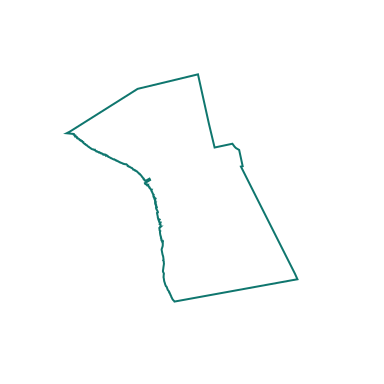 the district of Ensenada, Buenos Aires, Argentina, rotated 215°
{"feature_id": "61730980B68751377972541", "entity_name": "Ensenada", "entity_type": "district", "adm_level": 2, "iso_a3": "ARG", "parent_name": "Argentina", "parent_adm1": "Buenos Aires", "projection": "natural_earth1", "projection_center": [-57.944, -34.842], "detail": "fine", "context": "isolated", "style": "outline", "palette": "teal", "viewbox_px": 384, "rotation_deg": 215, "n_neighbors": 0, "source": "geoboundaries", "source_scale": "gbopen_adm2", "svg_char_len": 5592}
<svg xmlns="http://www.w3.org/2000/svg" viewBox="0 0 384 384"><g transform="rotate(215 192 192)"><path d="M55.6,181.0L60.6,184.0L136.6,224.8L166.5,240.9L165.3,242.2L177.5,253.5L181.0,253.2L181.9,253.3L183.3,253.6L186.6,254.7L199.0,241.4L217.4,257.7L254.6,291.8L295.7,245.3L326.8,171.2L328.4,168.2L322.2,171.7L321.9,171.2L321.3,171.3L321.0,171.4L320.9,171.3L320.9,171.0L320.2,170.7L320.1,170.8L319.9,171.0L319.8,170.8L319.7,170.7L319.6,170.9L319.2,171.0L318.8,171.0L318.7,170.7L318.2,170.6L318.1,170.9L317.9,171.0L317.2,170.8L317.0,170.5L316.7,170.5L316.6,170.2L315.8,170.4L315.5,170.6L314.5,170.6L314.2,170.3L313.7,170.4L313.4,170.5L313.4,170.2L312.9,170.2L312.7,170.3L312.3,170.2L312.0,170.4L311.6,170.4L311.5,170.5L311.2,170.7L310.8,170.4L310.6,170.3L309.9,170.5L309.8,170.1L309.6,170.1L309.4,170.2L309.2,170.0L308.6,169.9L308.0,169.9L307.8,169.8L307.4,169.8L307.1,169.8L306.9,169.8L306.8,170.0L306.3,169.8L306.2,169.9L305.5,169.8L305.4,169.8L305.0,170.0L304.8,170.0L304.4,169.8L303.4,169.7L302.9,169.7L302.7,169.8L302.5,169.7L302.3,169.8L302.0,169.7L300.9,169.7L300.2,169.8L299.9,169.7L298.9,169.7L297.7,170.0L297.3,170.3L297.0,170.3L296.5,170.3L296.3,170.4L296.1,170.7L295.8,170.9L295.7,170.8L295.7,170.5L295.1,170.5L294.5,170.5L294.1,170.6L293.6,170.4L293.2,170.8L292.9,170.7L292.7,170.8L292.2,170.8L291.9,171.0L291.4,171.0L291.1,171.1L290.9,171.4L290.6,171.4L290.4,171.1L289.6,171.6L288.8,171.7L288.8,171.4L288.7,171.4L288.0,171.9L286.9,172.0L286.9,171.9L286.4,172.0L286.1,171.8L286.0,172.0L285.9,172.1L285.7,172.0L285.2,172.5L285.0,172.3L284.9,172.3L284.4,172.8L284.1,172.8L283.9,173.0L283.5,172.9L283.3,172.6L283.2,172.5L282.9,173.1L282.0,173.2L281.9,172.9L281.1,172.8L280.9,172.9L280.2,172.9L279.8,173.1L279.3,173.1L278.7,173.2L278.1,173.3L277.8,173.2L277.4,173.4L276.5,173.5L276.2,173.5L274.7,173.8L274.4,174.2L274.2,174.2L273.9,174.1L273.7,174.1L273.3,174.3L272.8,174.2L272.4,174.2L272.2,174.5L271.8,174.6L271.6,174.6L271.2,174.4L270.6,174.6L270.2,174.8L269.7,174.7L269.1,174.9L268.5,174.8L268.3,175.0L267.9,175.0L267.4,175.2L267.1,175.1L266.3,175.4L265.7,175.5L265.2,175.7L264.4,175.6L264.0,176.0L263.1,176.2L262.5,176.5L262.1,176.9L261.8,176.9L261.5,177.1L260.1,176.9L259.7,176.6L259.6,176.4L259.4,176.4L259.2,176.7L259.0,176.8L258.4,176.6L257.9,176.6L257.5,176.9L257.3,176.8L256.3,176.9L255.9,177.0L255.4,177.0L255.1,177.2L253.9,177.0L253.1,176.7L253.0,176.9L251.9,177.0L251.6,177.2L251.1,177.1L251.1,176.9L250.7,176.9L250.5,177.0L250.2,177.2L249.8,177.1L249.6,177.2L249.0,177.3L248.4,177.2L248.0,177.0L247.2,177.0L246.9,176.9L246.4,176.8L246.1,176.9L245.8,176.8L245.6,176.9L245.4,176.9L245.3,176.6L243.6,176.5L242.3,176.1L241.8,175.8L241.3,175.8L239.6,175.2L239.2,175.3L239.1,175.2L239.2,174.9L238.9,174.7L238.6,174.9L238.2,174.7L237.6,174.7L237.3,174.3L237.0,174.3L236.3,174.8L236.0,175.3L234.5,178.5L234.1,178.3L234.0,177.9L233.9,177.8L233.5,178.0L233.2,177.8L235.7,172.2L235.3,171.9L235.1,172.0L234.7,171.9L234.6,172.1L234.1,171.9L233.5,172.0L233.2,172.3L233.0,172.5L232.8,172.4L232.9,172.2L232.7,171.9L232.4,172.2L232.0,172.2L231.9,172.4L231.7,172.0L231.5,171.9L231.3,172.1L231.0,172.0L230.9,171.7L229.5,171.5L229.4,171.1L228.8,170.9L228.2,170.9L227.9,170.7L227.4,170.7L226.8,170.4L226.5,170.6L226.5,170.3L226.3,170.0L226.0,170.1L225.8,169.9L225.6,169.6L225.4,169.6L225.0,169.2L224.3,169.0L224.2,168.8L223.6,168.4L223.1,168.1L222.6,168.0L222.5,167.8L221.9,167.6L221.7,167.6L221.7,167.0L221.6,166.8L221.1,166.5L221.1,166.4L221.0,166.2L220.6,165.9L220.1,165.7L219.9,165.7L219.8,165.9L219.7,165.8L219.7,165.5L219.1,165.0L218.7,164.7L218.4,164.8L218.3,165.1L218.4,165.4L218.3,165.8L218.2,165.8L218.2,165.4L218.0,165.1L217.9,164.9L217.8,164.5L217.3,164.1L217.4,163.7L216.7,163.0L216.3,163.0L216.4,162.8L216.4,162.5L216.1,162.1L215.7,162.1L215.4,162.2L215.2,162.0L215.2,161.9L215.3,161.7L215.5,161.5L215.5,161.4L214.7,160.8L214.3,160.9L214.2,160.8L214.3,160.6L214.1,160.5L213.9,160.6L213.6,160.0L213.0,159.4L212.6,159.1L212.4,159.2L212.3,159.5L211.9,159.2L211.9,158.9L212.3,158.3L212.0,158.0L211.6,157.8L211.4,157.6L210.9,157.3L210.2,157.1L208.7,156.2L208.3,155.9L208.2,155.7L208.3,155.4L208.5,155.5L208.7,155.2L208.7,154.8L207.0,153.2L206.3,152.6L205.8,152.1L205.7,151.8L205.2,151.5L205.0,151.2L203.7,150.1L203.3,150.3L203.3,150.5L203.1,150.7L203.0,150.9L202.7,150.9L202.7,150.6L203.1,149.8L201.6,148.6L201.0,148.7L200.7,148.7L200.4,149.0L200.2,149.1L200.1,148.9L200.5,148.2L200.5,147.9L200.4,147.7L199.8,147.4L199.8,147.1L199.1,147.2L198.7,146.9L198.3,146.2L198.3,145.9L198.2,145.3L197.8,145.3L197.7,145.4L197.8,144.9L198.2,144.0L198.1,143.7L197.4,143.1L196.9,142.4L196.5,142.0L196.3,141.9L195.6,141.8L195.6,141.7L195.6,141.3L194.9,140.3L194.7,140.1L193.2,138.5L192.9,138.4L192.1,137.6L191.5,137.3L191.4,137.0L191.1,136.8L191.0,136.4L190.1,136.0L190.0,135.6L189.8,135.4L189.5,135.1L189.2,134.8L188.4,134.5L188.3,135.1L188.1,135.3L187.6,135.1L187.3,134.6L187.5,133.9L187.3,133.6L186.6,133.4L185.7,132.0L185.1,131.1L184.6,129.7L184.2,128.2L183.8,127.3L180.3,123.9L178.6,122.6L176.5,120.3L176.5,120.1L176.5,119.5L176.2,119.3L175.7,119.3L175.5,119.2L175.1,118.7L174.6,118.0L173.8,117.1L172.1,113.7L171.6,112.8L170.5,110.6L170.0,110.1L169.8,109.9L169.4,109.8L168.2,109.0L168.0,108.6L167.8,108.3L167.7,107.9L166.8,106.6L166.6,106.0L165.9,105.4L165.6,105.1L163.5,102.9L161.7,101.6L161.6,101.4L159.7,100.1L159.4,99.9L158.8,99.9L158.1,99.6L155.7,97.9L153.6,97.3L153.4,97.1L153.3,96.8L153.0,96.5L152.3,96.5L151.5,95.9L150.8,95.6L150.6,95.3L149.3,94.7L148.6,94.1L147.9,93.8L146.5,93.0L145.1,92.6L144.2,92.5L143.5,92.2L55.6,181.0Z" fill="none" stroke="#0f766e" stroke-width="2"/></g></svg>